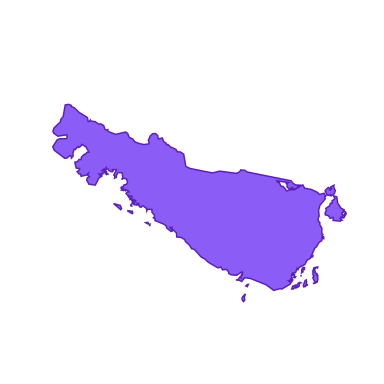 Pulau Taliabu, Maluku Utara, Indonesia (Albers equal-area conic projection), rotated 208°
{"feature_id": "22746128B98781354669228", "entity_name": "Pulau Taliabu", "entity_type": "district", "adm_level": 2, "iso_a3": "IDN", "parent_name": "Indonesia", "parent_adm1": "Maluku Utara", "projection": "albers", "projection_center": [124.647, -1.826], "detail": "fine", "context": "isolated", "style": "filled", "palette": "violet", "viewbox_px": 384, "rotation_deg": 208, "n_neighbors": 0, "source": "geoboundaries", "source_scale": "gbopen_adm2", "svg_char_len": 5980}
<svg xmlns="http://www.w3.org/2000/svg" viewBox="0 0 384 384"><g transform="rotate(208 192 192)"><path d="M111.9,134.9L109.0,136.2L106.1,136.3L105.2,141.1L99.7,143.1L83.1,144.9L73.6,143.5L69.1,147.8L67.1,148.5L62.2,156.6L61.8,160.4L63.5,158.6L65.2,158.9L63.9,160.0L63.7,163.6L65.1,165.2L65.3,167.5L62.7,169.4L63.4,174.0L62.0,173.2L61.9,175.8L58.3,181.0L58.3,185.9L56.5,188.8L57.2,200.4L56.3,202.0L56.2,207.0L54.6,210.0L57.0,215.9L55.8,215.8L57.9,216.3L60.4,221.1L64.1,223.3L64.7,225.0L67.2,226.0L68.3,227.8L68.4,230.4L71.6,235.2L72.8,240.1L71.1,248.7L72.5,249.7L72.0,251.2L74.8,252.9L78.2,249.7L81.4,250.6L88.1,250.2L94.3,248.2L97.5,250.3L102.7,241.9L106.2,240.2L108.9,237.4L114.0,239.7L116.3,238.9L119.2,241.2L121.0,240.8L122.4,241.7L111.2,245.6L112.5,243.6L111.5,243.6L110.5,241.1L108.1,240.4L105.4,241.5L106.2,242.2L105.6,243.3L103.5,241.8L100.7,245.8L100.9,246.9L106.5,247.0L109.8,248.4L152.5,235.6L155.9,235.9L159.4,234.3L159.4,232.1L161.6,229.3L177.4,223.4L182.9,218.4L204.6,211.9L209.4,211.6L217.1,221.5L221.2,221.9L223.8,220.6L226.2,222.1L232.4,221.7L235.4,222.7L236.7,221.8L237.6,222.9L240.7,223.2L243.5,225.8L246.8,223.0L248.7,225.7L251.6,226.5L254.1,225.0L255.2,222.0L254.8,217.1L252.9,215.3L253.0,214.0L256.7,211.3L261.7,210.0L266.1,209.5L269.3,211.0L273.0,210.8L276.3,213.5L278.8,213.8L286.2,207.2L292.9,206.2L294.9,206.4L295.6,207.6L296.3,206.6L298.4,206.5L301.1,209.2L304.2,209.4L306.7,208.1L310.4,208.7L314.6,207.2L315.5,207.9L315.7,206.1L316.8,205.6L319.3,208.6L329.3,209.3L335.4,211.1L338.2,210.8L339.3,211.8L342.0,211.5L344.8,209.4L341.2,198.2L341.9,194.5L341.1,192.0L343.9,183.7L343.3,180.3L341.6,179.0L336.7,178.3L329.4,183.7L328.0,181.8L327.9,180.1L333.8,176.9L335.5,174.9L336.2,166.6L333.2,164.2L320.1,162.0L318.2,163.5L317.0,166.9L315.8,167.0L314.4,165.3L313.8,167.9L315.4,170.4L316.1,174.5L315.0,174.7L314.0,178.7L312.9,178.2L311.9,179.7L311.5,182.3L306.9,182.1L301.7,178.8L303.4,177.7L303.8,175.3L304.9,174.6L306.0,170.8L305.1,168.5L307.0,167.8L307.4,165.0L309.3,163.5L308.8,162.4L305.4,158.7L302.2,160.0L301.8,158.0L303.0,156.2L300.2,154.9L298.8,155.5L297.3,153.8L293.4,157.2L292.3,159.9L292.0,157.8L289.8,157.4L291.1,155.3L290.5,153.0L286.7,150.5L280.6,152.7L280.8,160.4L279.0,163.9L279.8,164.5L280.5,163.4L282.5,164.2L279.4,166.1L280.1,166.2L279.8,167.6L277.5,168.2L275.7,167.2L274.6,168.4L278.1,169.1L277.3,170.0L278.2,170.3L281.4,168.9L280.6,170.8L279.6,170.8L279.3,173.2L278.4,171.8L277.1,173.0L275.5,171.9L272.1,172.2L271.6,173.8L272.7,174.5L269.2,176.4L269.0,170.2L267.7,170.0L266.9,167.8L265.7,169.4L266.6,172.0L266.3,174.6L262.6,176.1L259.8,172.2L260.1,170.0L258.9,171.9L256.0,172.8L253.6,170.5L253.4,168.0L255.5,166.1L255.2,165.1L256.8,162.8L256.4,162.1L254.4,162.8L255.3,160.6L253.2,161.0L252.3,162.6L251.3,161.9L250.9,163.0L249.0,163.2L247.8,162.5L249.4,161.3L249.6,159.8L247.5,159.0L242.7,160.0L242.4,157.9L244.3,158.1L243.3,156.3L242.5,157.3L241.5,156.3L240.9,157.4L239.6,156.2L239.4,158.1L237.6,158.0L237.5,157.0L238.7,157.4L238.5,155.5L236.9,153.7L235.3,154.7L234.6,153.8L235.1,154.8L233.9,155.2L235.1,156.2L233.9,156.8L231.5,154.3L229.6,154.8L229.4,156.4L228.1,156.8L224.6,156.1L223.1,154.1L223.3,155.7L219.3,157.8L217.7,155.2L214.1,153.8L213.4,152.2L214.0,151.1L211.6,150.7L211.3,149.4L201.2,150.4L198.4,149.7L197.7,148.4L192.2,147.3L191.2,147.9L191.6,149.0L194.7,150.5L193.2,151.4L191.6,149.8L186.5,148.6L184.4,145.1L180.6,146.7L176.1,146.6L174.6,145.2L169.3,143.9L165.6,141.7L163.4,142.5L153.0,138.8L149.7,139.0L144.6,137.6L133.5,137.2L131.2,139.2L128.4,137.6L125.4,139.8L122.4,138.8L121.4,137.3L118.6,137.3L113.6,139.3L110.4,145.1L109.4,144.5L109.5,142.2L108.7,142.3L109.6,139.9L108.4,139.2L109.9,138.9L110.1,136.5L111.9,134.9ZM54.0,233.1L47.2,236.0L47.5,236.9L46.4,237.5L48.5,238.0L48.9,239.2L47.7,241.1L47.7,239.3L45.8,240.4L45.7,245.4L46.8,246.2L47.1,242.7L48.7,242.4L49.8,243.6L48.3,246.3L50.2,246.1L48.8,246.9L49.2,247.7L52.6,247.6L58.1,250.5L62.0,255.8L65.2,255.0L62.7,253.2L64.2,249.8L62.9,248.2L64.5,246.9L64.0,244.3L66.2,240.3L64.7,239.1L64.7,236.2L63.5,234.4L60.5,235.1L57.6,233.6L55.5,235.8L54.0,233.1ZM71.2,252.7L69.0,253.5L68.2,255.4L68.2,253.8L67.2,254.0L65.5,257.4L66.1,260.5L69.2,262.9L69.8,264.6L71.8,261.7L70.7,260.2L70.1,261.0L70.5,259.0L71.7,258.5L72.1,260.1L73.8,260.0L75.0,256.6L75.0,255.5L71.2,252.7ZM40.0,170.9L42.2,167.9L41.4,168.4L39.8,170.3L39.2,171.3L39.8,173.8L41.8,177.4L42.8,178.1L43.1,177.3L43.8,178.6L45.5,178.6L45.9,179.9L47.5,180.3L48.2,179.0L46.2,175.5L44.8,175.0L45.1,173.1L42.4,170.9L40.8,170.3L40.5,170.4L40.2,170.9L40.0,170.9ZM255.8,145.0L246.6,142.9L246.4,144.2L248.9,146.5L255.8,145.0ZM95.1,119.4L94.6,121.2L96.4,123.7L97.0,127.2L98.2,122.5L97.2,120.4L95.1,119.4ZM48.8,160.7L47.4,162.0L48.1,165.5L49.8,168.0L50.5,167.0L49.9,161.8L48.8,160.7ZM58.8,175.8L57.3,172.0L56.5,173.6L57.6,175.3L56.3,176.3L57.2,178.1L58.5,177.5L58.8,175.8ZM55.7,159.2L54.9,156.4L53.2,158.8L54.1,161.9L55.3,161.7L55.7,159.2ZM57.1,158.9L57.3,157.3L58.9,156.2L58.4,153.2L57.1,153.8L56.2,156.1L57.1,158.9ZM240.4,145.1L234.7,144.8L234.3,145.3L235.7,147.0L240.4,145.1ZM48.4,180.3L47.3,180.9L47.2,183.3L45.5,183.8L45.8,184.9L48.8,182.3L48.4,180.3ZM100.4,134.3L98.7,134.4L98.9,136.9L99.7,136.3L100.4,134.3ZM98.7,249.3L99.6,248.9L102.2,247.6L100.6,247.1L98.7,249.3ZM56.0,214.2L54.5,212.3L53.7,212.6L55.2,214.9L55.0,213.7L56.0,214.2ZM218.5,143.2L216.4,143.0L215.7,143.7L216.7,144.5L218.5,143.2ZM64.4,165.8L63.1,165.9L62.7,167.1L63.9,167.4L64.4,165.8ZM239.6,154.1L237.4,153.6L239.9,155.0L239.6,154.1ZM63.6,163.0L62.8,160.8L62.2,162.1L63.6,163.0ZM55.9,190.4L55.0,191.5L55.4,192.6L56.2,191.4L55.9,190.4ZM62.0,164.4L60.9,164.5L60.7,165.9L61.7,165.8L62.0,164.4ZM239.5,151.1L238.6,151.4L239.9,152.6L240.0,152.4L239.5,151.1ZM214.0,143.9L214.4,143.1L213.8,142.5L213.5,143.0L214.0,143.9ZM246.8,158.6L246.0,158.1L246.3,159.0L246.8,158.6ZM53.4,162.9L54.2,162.9L54.1,162.4L53.4,162.9ZM46.7,164.8L46.7,163.7L46.4,164.1L46.7,164.8ZM56.9,169.3L56.4,169.0L55.8,169.2L56.9,169.3Z" fill="#8b5cf6" stroke="#5b21b6" stroke-width="1.5"/></g></svg>